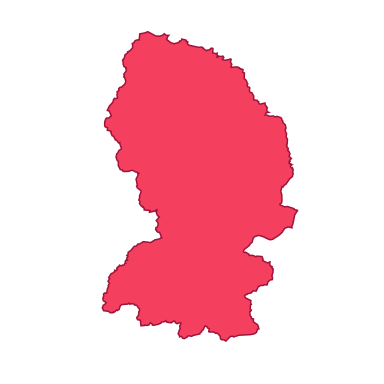 the district of Pyay, Bago, Myanmar, rotated 288°
{"feature_id": "60261553B730883612766", "entity_name": "Pyay", "entity_type": "district", "adm_level": 2, "iso_a3": "MMR", "parent_name": "Myanmar", "parent_adm1": "Bago", "projection": "mercator", "projection_center": [95.274, 18.774], "detail": "fine", "context": "isolated", "style": "filled", "palette": "rose", "viewbox_px": 384, "rotation_deg": 288, "n_neighbors": 0, "source": "geoboundaries", "source_scale": "gbopen_adm2", "svg_char_len": 5978}
<svg xmlns="http://www.w3.org/2000/svg" viewBox="0 0 384 384"><g transform="rotate(288 192 192)"><path d="M188.9,298.2L190.1,297.5L192.6,297.8L202.1,296.8L207.0,298.1L207.2,298.7L207.0,295.6L207.1,294.4L207.7,294.1L207.7,287.4L206.5,284.4L207.0,279.6L208.1,279.4L209.3,280.6L211.6,280.2L217.4,278.1L219.9,276.2L224.9,276.0L224.9,277.1L226.5,277.3L228.4,278.9L234.7,280.8L237.7,282.7L241.1,282.5L241.6,281.7L244.6,281.3L246.1,279.9L245.5,279.6L245.9,278.5L247.2,277.5L248.7,278.6L248.6,277.9L249.4,277.3L249.0,275.7L249.5,275.4L251.1,275.7L250.8,275.1L252.2,275.1L254.6,276.2L255.9,273.3L258.6,273.4L260.9,271.3L260.9,270.3L263.3,270.1L263.8,268.6L265.6,267.9L265.7,267.4L267.2,267.7L271.6,266.5L273.7,264.4L276.6,264.0L278.7,262.0L280.6,261.4L281.7,261.7L284.7,260.0L286.3,256.7L287.6,256.4L288.1,255.4L289.5,254.6L290.2,253.4L290.2,249.4L289.2,248.3L289.4,245.6L288.0,242.7L288.3,239.4L287.8,237.8L290.0,237.8L291.5,240.3L291.6,239.0L293.0,237.6L295.5,237.6L297.4,234.8L299.2,233.9L296.7,229.8L296.6,228.7L297.4,227.8L298.5,227.5L298.4,226.7L299.3,225.8L298.7,222.1L302.3,221.1L304.9,218.3L304.8,216.3L306.0,215.3L308.8,214.8L309.4,214.2L309.2,212.5L310.1,211.5L312.0,211.7L312.8,210.4L313.8,210.2L315.5,208.2L316.0,206.6L321.4,205.1L321.5,203.2L324.2,202.7L324.3,201.1L323.9,200.5L324.4,199.9L324.1,199.0L324.8,198.6L324.9,196.2L322.7,190.6L323.5,190.2L325.8,190.4L327.4,188.4L330.1,188.3L330.5,187.8L327.5,182.9L327.4,180.4L327.6,179.9L329.8,180.7L330.8,179.4L329.7,177.5L329.5,175.1L328.1,175.0L328.0,174.2L328.1,173.8L328.8,174.1L331.8,172.9L331.0,172.3L330.7,168.7L334.9,167.6L335.0,166.3L334.2,165.3L332.6,164.8L331.9,163.0L330.8,162.2L332.1,158.0L332.7,157.8L332.8,156.3L331.6,153.5L330.7,143.6L331.8,141.6L333.4,141.7L333.3,140.0L334.4,139.9L334.6,139.2L334.3,135.0L333.5,135.2L331.8,134.5L331.7,133.5L330.6,133.5L329.7,132.6L327.6,129.4L327.4,126.1L329.2,120.8L332.2,120.8L333.8,121.5L333.0,118.9L334.0,116.7L331.8,115.5L330.0,112.5L329.2,109.2L330.8,100.4L328.8,98.1L326.2,93.4L320.3,94.8L320.2,93.8L318.8,91.6L317.7,90.8L316.4,90.8L314.6,89.3L313.4,90.2L310.6,90.9L307.1,89.3L305.5,87.5L304.9,87.9L301.5,85.8L298.0,86.3L297.1,85.5L295.6,85.3L295.4,85.9L292.0,87.2L290.3,88.6L289.6,91.2L288.9,90.9L287.1,92.1L282.9,90.7L281.7,91.6L280.2,91.6L280.0,92.6L277.1,94.7L274.2,94.9L270.0,92.6L269.3,91.2L267.7,90.3L265.9,91.1L264.1,89.7L262.7,90.7L261.2,90.5L258.5,92.1L257.1,90.6L257.3,89.6L256.0,88.8L253.0,89.0L248.0,86.8L243.4,86.2L243.4,88.3L239.7,91.6L238.8,91.6L238.7,91.1L236.7,90.0L235.9,87.8L235.0,87.4L231.7,87.3L228.8,88.2L227.2,89.1L227.0,91.7L224.5,92.4L224.8,95.2L224.1,96.0L224.4,96.4L222.7,97.0L220.7,98.8L220.9,100.0L217.8,103.1L218.1,104.0L216.0,107.0L216.7,108.1L215.8,108.3L211.4,111.6L208.5,109.5L206.4,109.4L205.0,108.6L201.6,109.0L198.9,111.1L198.3,112.5L194.4,113.7L191.1,116.9L191.5,118.8L190.5,119.7L190.5,121.2L192.1,125.4L194.0,127.9L194.2,129.0L193.6,132.3L193.9,133.9L193.3,135.2L193.1,134.4L192.1,135.2L190.6,135.4L187.0,134.8L181.4,138.0L180.6,137.4L179.0,138.7L177.5,143.0L176.8,143.5L171.7,143.3L171.2,143.9L167.9,143.9L166.8,145.6L164.8,145.6L163.3,147.6L162.7,148.8L163.1,149.7L162.4,150.5L162.1,150.3L161.7,151.8L160.1,152.1L161.5,157.7L159.6,157.8L162.2,162.3L164.4,164.0L163.8,164.4L162.4,163.8L162.2,164.4L161.6,164.3L158.9,166.4L158.3,168.6L153.7,166.8L152.3,169.2L150.2,169.9L147.5,169.7L147.0,168.7L144.8,169.1L144.6,170.3L143.7,170.7L143.2,172.0L143.5,173.3L143.0,174.2L139.0,177.3L138.5,176.3L137.4,175.7L135.0,171.5L131.2,168.4L129.7,161.0L126.1,158.0L125.9,156.7L123.4,155.8L122.5,153.9L117.3,151.8L115.0,149.9L113.3,150.4L111.6,149.7L111.5,150.7L110.8,151.1L109.8,150.4L107.2,150.8L107.4,152.5L106.7,150.3L105.3,149.9L103.8,150.8L103.7,150.3L101.3,149.8L101.0,148.4L99.9,147.6L100.0,145.6L98.3,145.3L97.6,144.4L96.7,144.7L96.3,144.0L94.7,144.8L93.8,143.7L93.7,142.7L92.9,143.2L90.6,141.9L89.4,140.3L84.8,139.2L84.1,140.5L81.7,139.7L80.8,140.0L79.8,141.8L77.4,141.1L76.0,141.9L74.3,141.4L69.4,142.1L69.1,140.3L67.8,139.4L65.8,140.1L63.1,140.1L61.1,141.4L60.4,144.5L58.1,143.8L56.8,142.5L55.8,142.8L54.3,142.4L51.8,144.6L52.7,149.4L51.9,151.5L52.9,154.4L53.8,154.4L53.9,155.4L56.4,156.8L56.2,157.6L57.8,159.0L61.4,158.9L63.2,159.9L65.6,165.6L66.6,166.1L66.0,167.6L67.0,168.1L66.9,169.3L67.5,170.3L67.3,172.1L66.8,172.2L67.1,174.5L65.1,177.0L64.9,178.0L62.9,178.8L61.9,178.4L58.2,179.2L55.4,178.2L53.7,179.7L54.1,182.5L49.0,184.8L50.4,188.2L50.8,188.2L51.2,190.5L52.5,192.3L54.8,192.7L54.1,195.0L53.2,195.4L53.3,196.6L55.9,201.0L57.7,203.0L58.9,203.2L60.3,206.1L61.6,206.9L60.4,208.2L61.1,212.6L63.6,214.5L63.9,215.4L62.5,216.7L62.1,218.5L63.8,220.6L63.8,222.1L60.6,221.7L58.3,223.1L57.9,222.7L52.9,222.6L51.3,224.6L50.4,225.0L51.3,226.2L51.2,227.1L50.1,228.1L50.1,229.9L52.5,232.2L54.2,233.0L54.6,236.3L56.0,237.5L59.4,243.3L60.3,243.2L62.1,244.4L63.1,244.2L64.6,245.3L68.4,245.6L68.7,247.5L67.5,248.8L67.2,250.8L64.4,251.0L64.2,251.6L65.6,256.2L64.9,258.1L65.5,259.9L63.6,263.3L61.1,264.5L60.7,266.1L61.3,267.9L60.7,270.3L66.4,273.1L67.4,275.2L67.0,276.3L70.4,281.1L74.3,291.4L76.3,295.0L78.2,296.6L81.9,296.8L82.4,297.9L83.8,297.1L85.9,295.6L87.6,290.4L90.3,289.7L90.0,287.7L91.3,287.2L92.5,285.4L96.2,283.9L96.8,284.7L98.1,284.9L98.6,283.6L102.0,282.6L102.9,282.5L103.3,283.2L104.7,282.0L106.9,281.6L107.9,275.4L109.4,274.1L111.2,275.0L111.5,276.0L112.3,276.2L114.4,279.6L116.8,280.6L117.6,283.7L122.6,284.3L122.9,285.1L124.5,286.3L125.0,288.4L126.2,289.6L126.8,292.1L130.0,292.0L132.7,293.7L133.4,295.4L134.5,295.4L137.5,293.8L140.2,293.9L143.9,293.0L144.7,291.3L145.6,291.5L146.0,290.7L145.7,289.9L147.0,288.4L149.6,287.8L147.9,285.7L148.6,280.4L150.0,280.4L152.2,278.5L151.1,273.6L150.2,272.9L150.5,269.2L149.3,266.0L150.4,265.5L151.3,261.4L150.6,260.6L151.1,259.3L153.4,259.4L158.8,263.0L160.8,263.4L162.8,264.7L167.4,264.5L169.1,265.6L171.4,268.9L171.5,273.4L170.7,279.7L170.8,281.3L172.0,283.4L177.8,288.1L181.5,290.2L186.1,291.4L188.5,294.3L188.9,298.2Z" fill="#f43f5e" stroke="#9f1239" stroke-width="1.5"/></g></svg>